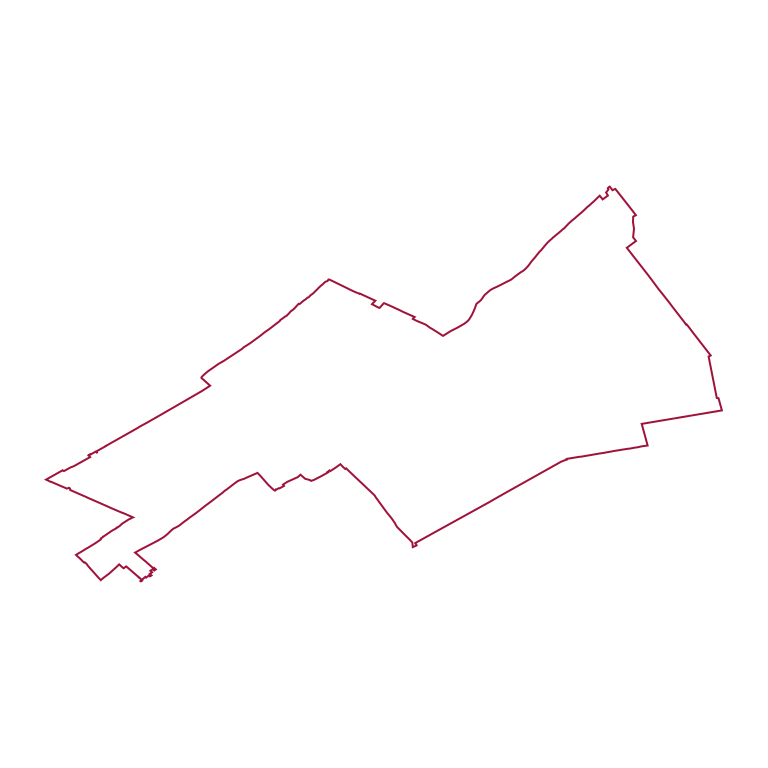 Leidschendam-Voorburg, Zuid-Holland, Netherlands
{"feature_id": "6326949B15428140131776", "entity_name": "Leidschendam-Voorburg", "entity_type": "district", "adm_level": 2, "iso_a3": "NLD", "parent_name": "Netherlands", "parent_adm1": "Zuid-Holland", "projection": "robinson", "projection_center": [4.405, 52.093], "detail": "fine", "context": "isolated", "style": "outline", "palette": "rose", "viewbox_px": 768, "rotation_deg": 0, "n_neighbors": 0, "source": "geoboundaries", "source_scale": "gbopen_adm2", "svg_char_len": 5817}
<svg xmlns="http://www.w3.org/2000/svg" viewBox="0 0 768 768"><path d="M412.8,547.1L416.6,545.4L416.2,544.5L415.2,543.1L435.2,532.0L488.8,502.4L494.2,499.3L495.2,498.7L504.7,493.3L561.1,461.7L564.9,460.2L566.7,459.7L566.6,458.9L579.4,456.8L581.1,456.7L586.8,455.7L590.4,455.1L599.5,453.5L603.8,452.9L606.2,452.4L610.9,451.6L614.5,450.9L619.1,450.2L622.4,449.6L625.4,449.2L627.5,448.8L629.8,448.6L634.5,447.7L636.8,447.4L638.5,447.1L640.8,446.5L647.6,445.5L645.4,437.3L641.7,423.9L662.4,420.4L721.9,410.4L718.5,398.2L717.4,398.1L716.8,398.0L708.6,356.5L710.7,355.5L700.6,342.5L699.6,341.2L699.4,340.8L698.8,340.1L694.4,334.5L687.5,325.4L686.6,324.4L686.2,324.7L683.6,321.2L672.2,306.5L669.9,303.4L663.7,295.5L658.1,288.5L651.9,280.1L647.9,274.8L633.2,256.0L626.8,247.8L636.0,241.0L633.1,237.3L634.0,228.7L633.0,222.1L633.2,216.6L635.9,215.2L629.9,207.4L615.3,188.9L612.5,190.2L609.7,186.6L608.8,187.2L607.8,188.3L608.4,189.6L606.1,192.5L607.9,195.6L602.7,199.4L599.7,195.7L593.7,201.5L589.3,205.4L587.2,207.1L585.2,209.1L582.5,211.6L577.6,215.8L574.8,218.3L571.3,221.1L568.5,223.7L563.9,228.6L563.0,229.1L560.9,231.0L558.2,233.3L557.3,234.1L556.6,234.5L556.1,235.0L552.6,237.9L552.2,238.4L549.0,241.2L547.1,243.1L545.6,244.8L545.1,245.4L541.3,250.0L540.2,251.1L539.6,251.6L539.4,251.9L536.8,255.1L535.0,257.4L532.1,260.7L527.9,266.3L526.1,268.2L524.2,270.0L523.0,270.9L522.4,271.3L520.4,272.5L517.3,274.8L514.6,276.8L512.3,278.7L510.8,279.8L509.2,280.6L506.3,282.0L498.6,286.0L493.1,288.5L491.8,289.2L489.9,290.4L484.7,294.9L484.2,295.5L482.2,298.4L481.2,299.8L480.1,300.9L479.4,301.5L476.6,303.7L476.1,304.7L475.0,307.9L473.8,310.8L472.8,313.0L471.9,314.9L471.0,316.4L469.3,319.2L468.5,320.2L467.4,321.3L466.3,322.2L464.2,323.8L463.1,324.4L457.2,327.8L451.0,330.9L443.0,335.9L438.6,333.0L435.9,331.3L432.1,328.9L431.3,328.5L429.9,327.7L426.3,325.0L425.4,324.5L423.5,323.7L421.5,322.8L419.9,322.2L418.2,321.5L415.5,320.3L412.8,318.9L412.9,318.7L414.1,317.4L414.6,317.0L402.9,311.8L399.9,310.3L399.4,310.0L397.1,309.0L391.1,306.2L384.2,303.2L383.8,303.2L379.6,307.9L379.1,307.9L372.0,304.2L372.6,303.4L374.5,301.7L374.7,301.4L374.9,301.1L375.3,300.7L359.9,293.6L359.6,293.9L358.7,293.4L356.6,292.6L355.5,292.2L351.8,290.5L342.5,285.9L329.9,279.8L329.5,279.7L328.8,279.6L328.5,279.5L327.6,280.9L327.4,281.0L325.9,281.6L325.1,282.0L324.7,282.3L322.9,284.1L321.5,285.3L321.1,285.5L318.1,288.4L317.2,289.4L315.1,291.4L314.4,292.2L312.6,293.8L311.8,294.4L310.5,295.3L310.2,295.6L309.0,296.9L308.7,297.2L308.3,297.4L307.4,297.7L305.7,299.3L304.4,300.1L303.4,300.8L299.6,304.0L299.4,304.1L298.8,303.8L298.6,303.8L294.9,307.9L293.6,309.2L291.1,311.1L290.5,311.6L290.1,312.0L289.8,312.5L286.6,315.8L286.0,316.2L285.3,316.4L282.4,318.6L280.3,320.0L280.1,320.6L279.5,321.2L277.8,322.6L277.0,323.1L276.2,323.7L274.3,325.2L269.0,329.3L267.8,330.1L266.5,331.0L264.8,332.2L263.6,333.1L261.2,335.1L250.3,343.1L243.4,347.5L243.0,347.9L242.7,348.3L242.1,348.8L224.1,360.7L218.5,363.9L217.2,364.8L213.3,367.6L208.9,370.6L206.6,372.4L204.3,374.4L202.4,376.2L201.4,377.4L201.6,378.2L203.3,379.6L210.1,385.7L202.3,390.8L158.5,416.1L150.8,420.5L146.6,422.9L140.1,426.4L138.6,427.4L134.4,429.8L105.7,446.0L105.8,446.1L97.1,451.0L97.1,452.4L96.8,452.6L95.7,451.6L90.4,454.6L90.1,454.2L89.0,454.8L88.4,455.3L90.1,457.1L73.6,466.3L70.6,467.4L63.9,471.1L62.9,470.7L62.6,470.3L46.1,479.6L49.0,481.0L48.9,481.0L50.9,481.9L51.1,481.8L66.9,488.6L69.1,487.8L69.5,488.2L69.9,488.7L70.1,489.3L70.2,489.2L70.6,490.2L87.1,497.4L86.9,497.4L101.1,503.6L109.7,507.4L109.8,507.5L115.6,510.0L122.7,513.0L122.8,512.9L132.6,517.2L133.0,517.4L132.0,517.8L131.0,518.3L130.3,518.8L128.7,519.4L128.6,519.5L125.2,521.7L122.2,523.6L120.2,525.4L120.1,525.6L119.5,526.1L117.6,527.3L117.3,527.4L117.4,527.5L115.6,528.7L111.8,530.8L103.1,536.8L102.9,536.8L102.8,537.1L100.8,538.5L100.7,538.7L100.9,539.2L100.8,539.4L100.7,539.5L97.6,541.7L94.4,543.8L87.2,548.2L86.7,548.4L82.7,550.9L79.5,552.8L79.4,552.8L76.0,554.9L78.8,557.5L79.1,557.7L81.0,559.5L82.7,561.3L83.7,562.2L84.2,562.6L84.7,562.3L86.5,563.8L88.4,566.4L98.3,577.5L100.8,580.1L101.1,579.7L101.9,579.2L103.4,577.9L109.0,573.7L115.6,567.8L119.2,564.4L121.9,566.9L123.6,568.3L126.2,566.4L137.6,576.2L138.3,577.0L138.4,576.9L139.3,577.8L139.4,577.7L139.9,578.2L141.3,579.4L141.8,579.8L140.4,581.0L140.9,581.4L141.2,581.3L142.0,580.7L141.9,580.6L142.4,579.7L142.6,579.2L145.3,576.9L146.1,577.6L148.9,575.5L150.0,576.4L151.5,575.4L149.8,573.9L152.1,572.3L150.4,570.8L152.7,569.2L154.2,570.5L155.8,569.4L154.0,567.8L153.3,568.3L149.4,564.8L145.2,561.1L143.9,560.1L137.8,554.8L135.1,552.6L136.4,551.9L138.8,550.5L157.5,540.8L162.1,538.1L163.1,537.5L164.8,536.3L167.8,533.8L168.1,533.5L171.3,530.4L173.3,528.7L176.6,527.1L178.1,526.2L178.6,526.0L179.3,525.5L182.6,522.9L185.5,520.7L186.7,519.9L189.5,517.7L195.4,513.5L200.0,510.0L201.1,509.1L204.5,506.4L210.8,501.7L220.3,494.4L222.1,493.1L224.5,491.0L225.2,490.4L226.4,489.7L234.7,483.3L237.9,481.0L239.8,480.2L240.9,479.8L244.1,478.8L246.9,477.5L248.7,476.7L257.5,472.9L260.3,475.8L263.7,479.6L266.7,483.1L268.8,485.4L269.7,486.2L272.8,489.1L273.8,489.9L274.0,490.0L274.3,490.2L275.0,490.6L275.7,489.9L275.9,489.5L276.2,489.7L278.8,488.2L279.5,488.4L284.0,485.9L283.1,484.8L283.0,484.6L283.3,484.4L287.2,481.9L297.8,477.1L300.5,474.7L305.2,478.8L308.3,479.6L310.2,480.2L311.1,480.9L314.0,479.9L321.2,476.2L328.0,472.4L327.5,472.0L329.5,470.4L330.3,471.1L335.8,467.5L340.4,464.2L342.2,466.1L343.1,467.0L343.5,467.4L345.3,469.0L346.2,468.4L349.5,471.6L374.0,494.8L374.7,495.5L375.8,497.4L376.9,498.8L380.1,503.3L381.9,505.7L384.1,508.8L387.6,513.5L390.5,516.9L392.3,519.3L394.5,522.5L395.8,524.8L396.2,525.6L397.0,526.8L397.4,527.3L402.9,532.9L406.8,536.8L408.8,538.7L411.9,542.0L412.2,542.3L412.4,543.1L412.8,547.1Z" fill="none" stroke="#9f1239" stroke-width="2"/></svg>